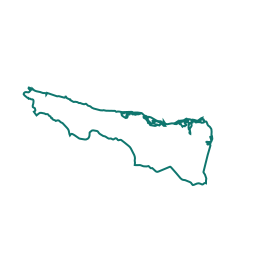 the State of Sinaloa, rotated 145°
{"feature_id": "MEX-2711", "entity_name": "Sinaloa", "entity_type": "State", "adm_level": 1, "iso_a3": "MEX", "parent_name": "Mexico", "parent_adm1": "", "projection": "robinson", "projection_center": [-107.612, 24.763], "detail": "fine", "context": "isolated", "style": "outline", "palette": "teal", "viewbox_px": 256, "rotation_deg": 145, "n_neighbors": 0, "source": "natural_earth", "source_scale": "10m", "svg_char_len": 5750}
<svg xmlns="http://www.w3.org/2000/svg" viewBox="0 0 256 256"><g transform="rotate(145 128 128)"><path d="M184.6,215.7L184.9,215.5L184.3,214.4L184.0,214.2L183.7,214.7L183.2,212.5L182.0,210.7L179.3,207.8L177.8,205.7L177.2,205.1L175.8,204.1L175.3,203.5L175.2,203.2L175.8,202.2L175.0,202.5L174.2,203.2L167.9,194.6L166.6,193.9L166.0,193.3L162.8,189.4L162.3,189.1L161.2,189.6L160.9,189.4L160.9,187.6L160.7,187.1L159.5,185.1L158.9,184.6L158.9,184.4L159.3,184.1L159.2,183.8L157.7,180.7L157.3,180.3L156.7,180.1L156.1,179.7L154.7,178.3L153.8,176.5L152.9,176.0L151.7,174.2L150.7,173.0L150.1,172.5L148.6,172.0L148.3,171.2L148.0,169.4L146.4,167.2L146.0,165.5L145.0,163.7L140.5,158.4L138.9,157.1L137.8,156.6L136.0,154.7L129.0,149.6L128.7,149.2L128.5,148.3L128.2,147.9L126.8,147.3L125.6,146.3L123.5,144.2L115.7,139.1L115.2,138.5L114.9,137.8L115.0,137.4L115.8,137.9L115.9,138.7L118.9,140.3L123.6,143.5L125.0,144.3L123.2,143.0L123.3,142.6L123.9,142.9L125.0,143.8L125.2,143.3L124.8,143.3L125.7,142.1L125.7,141.4L125.6,140.9L124.3,137.8L124.0,137.4L122.8,137.0L121.8,137.5L121.5,137.9L122.0,138.0L122.9,137.7L123.2,137.9L123.0,138.3L121.8,139.5L120.8,139.9L120.2,139.4L119.7,138.7L119.0,138.2L118.1,138.7L117.6,138.5L116.7,137.6L116.5,136.6L115.6,136.1L114.2,134.5L113.8,134.4L113.3,134.7L111.9,133.4L111.1,133.0L110.3,132.8L110.5,133.3L112.3,135.1L114.3,136.5L114.7,137.1L113.8,136.9L111.3,135.2L108.4,132.5L108.1,131.9L107.6,129.3L106.9,128.0L106.4,127.6L106.2,127.1L106.3,127.0L107.0,127.1L108.4,128.2L108.9,128.2L109.2,127.4L109.0,126.7L108.6,126.0L107.8,125.1L108.2,124.7L108.1,122.1L108.7,120.6L108.3,120.0L107.0,118.8L106.6,118.7L106.6,119.5L107.1,122.0L106.8,125.1L106.7,125.5L106.2,125.6L105.6,125.1L105.3,125.7L104.1,124.8L103.0,123.3L100.4,117.7L99.6,116.6L98.4,115.5L97.5,114.9L97.3,114.5L98.7,114.6L99.3,115.0L99.6,115.7L101.6,118.2L102.1,119.5L102.8,119.3L103.6,119.8L103.9,119.7L103.9,118.6L103.8,118.0L103.1,118.2L102.8,117.9L103.1,117.0L103.7,116.5L104.7,117.7L105.2,118.0L106.7,118.2L107.8,118.7L108.1,118.4L108.1,117.6L104.7,114.2L104.2,114.0L103.7,113.9L103.9,114.2L103.9,114.5L103.2,114.7L102.4,114.4L101.9,113.7L100.9,112.1L100.5,112.1L99.8,112.6L99.3,112.3L98.9,112.6L98.0,112.7L97.1,112.5L96.5,112.2L96.4,110.7L97.7,111.5L97.6,109.9L97.5,109.4L97.2,109.0L96.2,108.3L95.3,112.5L94.9,113.1L95.0,110.5L94.7,109.7L93.7,108.6L89.7,106.8L87.7,105.4L86.4,105.0L83.8,104.9L84.6,104.2L85.9,104.4L88.4,105.1L87.6,104.7L86.3,103.5L85.3,103.3L83.5,103.9L82.7,104.0L82.2,103.3L83.6,103.3L83.9,103.0L83.3,102.0L83.3,101.5L83.0,101.4L82.2,101.9L82.6,100.2L82.6,97.8L81.8,97.9L80.6,97.4L80.4,96.9L79.6,97.1L78.5,96.9L78.3,97.0L78.3,97.7L78.7,98.6L78.7,99.5L78.2,100.2L77.7,100.6L77.2,100.6L76.8,100.4L76.5,99.8L76.8,99.8L76.9,99.5L76.5,99.2L74.8,99.3L74.3,99.6L74.2,100.0L74.6,100.6L73.7,100.7L72.6,99.9L71.0,97.9L71.9,97.4L72.5,96.2L72.9,96.0L74.1,96.5L74.7,96.3L74.9,96.7L75.1,97.4L75.5,97.6L75.8,96.9L75.8,96.0L76.2,95.8L78.0,93.9L78.3,93.4L78.3,92.6L78.8,92.4L78.9,92.1L78.8,90.9L79.1,90.1L80.4,88.9L80.6,88.1L80.3,87.5L79.9,88.0L78.2,91.5L77.6,92.1L75.2,93.0L74.5,93.5L73.5,95.3L72.8,95.8L71.9,95.5L71.1,96.1L70.5,96.1L70.0,95.7L69.2,93.6L67.4,92.8L66.5,92.1L66.4,92.3L66.7,93.1L69.2,95.5L69.8,96.4L69.6,97.1L68.9,96.4L67.3,94.3L66.1,93.9L62.4,94.0L61.2,93.7L61.9,93.1L62.9,92.8L63.9,92.8L64.8,93.1L64.8,91.8L65.3,91.1L64.8,90.2L64.1,89.7L62.9,89.1L62.3,89.2L61.9,89.4L61.7,89.9L61.7,92.1L61.5,92.4L61.2,91.8L61.4,90.1L61.3,89.3L61.1,88.9L60.4,88.6L60.2,87.9L60.7,85.6L60.9,85.3L60.9,83.9L60.3,82.1L60.3,79.7L60.5,79.0L61.7,76.9L63.5,74.6L63.9,73.1L65.2,70.7L65.5,70.5L65.3,71.1L65.4,71.9L65.1,73.2L65.2,73.5L65.6,73.6L66.0,72.9L66.2,71.7L67.2,69.6L69.7,67.9L69.7,68.5L69.5,69.1L69.0,69.4L69.0,69.7L69.7,70.0L71.3,71.5L71.8,71.5L71.8,71.1L71.4,70.2L71.3,69.7L72.2,69.1L72.0,68.6L71.1,68.6L70.3,67.0L70.6,66.3L78.2,60.2L91.4,48.7L91.6,48.2L91.7,45.6L92.8,41.8L94.4,40.0L95.8,38.0L96.3,38.7L97.0,39.0L98.7,38.9L99.3,39.0L99.8,39.4L100.6,40.7L101.7,42.1L103.3,42.9L106.8,43.7L107.6,44.1L107.8,44.9L107.8,47.0L108.3,48.2L111.1,52.5L112.6,53.9L113.2,54.7L113.8,56.6L114.4,63.3L115.2,70.4L115.4,71.5L115.7,72.1L116.3,72.3L127.8,74.8L128.8,75.1L129.6,75.7L130.1,76.6L131.1,81.2L132.3,81.9L132.5,82.3L133.0,85.0L134.9,85.9L136.6,87.2L137.4,87.9L139.1,90.4L139.8,91.0L142.8,93.0L143.7,93.8L142.1,95.7L141.3,97.3L139.6,99.3L138.9,100.7L138.4,102.4L137.4,109.6L137.4,111.4L137.8,113.2L139.2,118.1L140.4,121.9L140.8,122.5L141.3,122.8L142.9,123.5L143.2,124.0L143.3,125.6L143.6,126.2L143.9,126.6L145.0,126.9L146.5,127.0L147.0,127.4L148.0,129.2L149.8,130.3L150.5,131.6L151.0,133.0L151.7,134.4L152.9,135.7L154.3,138.9L154.7,140.2L154.7,142.3L154.9,142.9L155.2,143.4L157.6,145.8L158.7,146.5L159.2,146.6L161.6,146.4L162.1,146.2L163.7,144.1L164.8,143.1L166.0,142.5L167.2,142.3L169.0,142.7L170.1,143.5L173.4,146.7L174.0,147.5L176.0,152.9L176.9,154.8L177.5,155.5L178.2,155.7L179.8,155.2L179.5,156.5L178.0,160.0L177.8,161.5L177.9,163.1L178.7,168.8L178.8,169.5L179.8,171.4L180.2,173.2L180.5,174.0L181.6,174.8L183.1,175.2L183.3,176.0L184.4,177.6L184.8,178.5L184.5,179.5L185.1,180.1L185.2,180.5L184.9,181.9L185.6,183.2L185.7,185.0L186.1,185.6L187.6,186.7L188.0,187.7L190.4,190.2L191.5,190.9L192.9,191.0L195.7,190.8L195.8,195.3L194.3,195.3L193.7,195.7L193.1,197.2L193.0,197.6L193.9,199.6L193.9,199.9L193.2,201.0L191.4,202.5L190.2,203.9L189.7,204.7L189.5,205.5L189.8,206.2L190.9,207.1L191.5,208.3L192.6,208.9L192.4,209.9L193.0,210.3L193.3,211.2L194.1,214.1L194.1,215.5L193.3,216.2L192.1,216.4L191.0,216.0L189.1,214.3L188.3,214.2L186.2,214.7L186.7,216.8L186.7,217.5L186.1,218.0L185.5,217.4L184.6,215.7ZM78.1,101.4L80.9,102.4L81.5,103.5L82.0,103.8L81.4,104.2L79.1,102.9L77.6,102.3L75.0,102.2L74.6,102.0L74.4,101.4L78.1,101.4Z" fill="none" stroke="#0f766e" stroke-width="2"/></g></svg>